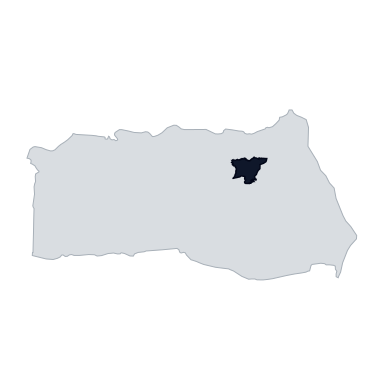 Kwahu Afram Plains South, Eastern, Ghana (highlighted), rotated 272°
{"feature_id": "2480657B87039075961323", "entity_name": "Kwahu Afram Plains South", "entity_type": "district", "adm_level": 2, "iso_a3": "GHA", "parent_name": "Ghana", "parent_adm1": "Eastern", "projection": "equal_earth", "projection_center": [-0.455, 6.878], "detail": "fine", "context": "in_parent", "style": "filled", "palette": "ink", "viewbox_px": 384, "rotation_deg": 272, "n_neighbors": 0, "source": "geoboundaries", "source_scale": "gbopen_adm2", "svg_char_len": 7227}
<svg xmlns="http://www.w3.org/2000/svg" viewBox="0 0 384 384"><g transform="rotate(272 192 192)"><path d="M228.9,28.6L231.4,31.7L231.9,33.5L231.0,40.1L229.2,44.8L228.1,49.2L228.3,51.4L229.4,53.6L233.1,57.1L235.0,59.3L237.3,62.7L239.9,66.0L244.3,70.3L246.2,71.1L246.1,72.3L245.5,74.0L245.1,90.1L244.8,94.3L244.4,96.4L244.0,102.4L243.6,103.2L242.7,103.2L242.0,103.4L241.8,104.6L242.1,105.8L244.8,106.7L244.2,107.6L242.2,108.4L241.3,110.2L241.7,112.3L240.6,114.0L240.9,115.1L241.6,115.9L242.7,115.6L245.9,112.8L247.2,112.5L248.8,113.1L251.8,117.3L251.9,119.4L250.7,126.5L249.5,132.0L249.3,139.3L250.6,143.4L250.4,145.7L249.1,147.6L246.0,150.5L246.2,152.4L247.6,156.0L250.2,160.0L255.3,165.0L258.1,171.4L258.1,174.0L256.5,176.7L254.7,179.0L254.1,182.3L255.0,203.9L250.9,213.3L250.9,216.0L251.3,219.1L252.4,221.0L254.4,221.5L256.1,223.4L255.5,230.0L254.6,236.7L254.5,240.0L254.0,241.5L252.4,242.8L251.8,244.9L252.2,247.5L251.9,249.5L252.8,252.0L254.6,255.1L257.6,262.9L258.7,263.5L259.3,265.1L258.9,266.7L260.1,270.2L263.4,273.6L266.9,276.6L269.7,277.0L270.3,279.7L272.2,283.2L273.5,284.7L275.6,285.6L277.4,286.2L277.5,289.1L274.3,291.0L272.2,294.0L270.6,298.6L268.3,303.6L260.6,306.2L257.6,306.2L241.7,306.3L226.8,316.2L218.2,319.7L212.9,325.2L205.8,329.1L200.9,333.9L190.6,336.2L173.7,343.7L168.4,346.7L163.0,351.9L154.3,358.1L150.9,358.0L144.1,352.3L139.0,349.4L126.5,345.0L117.1,343.3L112.6,341.4L111.4,341.1L112.4,339.0L115.1,338.9L117.8,339.5L119.9,338.0L122.9,337.8L123.7,336.1L124.0,332.0L123.9,328.6L125.0,327.1L125.3,323.2L123.8,314.5L122.7,313.5L117.3,312.3L116.9,310.5L115.9,308.7L114.9,304.2L113.7,297.5L111.8,289.2L108.2,275.6L107.3,270.8L106.6,265.9L106.5,260.0L107.3,257.8L107.2,254.8L106.8,251.7L109.4,244.8L114.5,236.3L115.6,233.2L116.5,231.1L116.7,228.0L117.6,218.1L120.0,206.2L121.6,201.7L122.6,199.2L123.8,195.2L124.2,193.4L128.8,188.7L131.0,187.4L131.4,185.6L130.7,183.5L131.0,182.2L132.2,181.5L133.9,180.9L135.1,179.0L133.2,164.3L131.6,149.6L131.5,148.3L130.6,146.3L129.7,140.2L128.1,136.7L125.9,135.6L125.9,132.3L128.2,126.7L128.8,123.3L127.7,122.4L127.5,119.8L128.3,115.6L127.9,113.1L127.6,110.3L125.3,103.9L124.7,99.4L125.9,96.7L125.9,90.9L124.7,81.9L124.5,76.3L125.3,73.9L124.9,71.7L123.3,69.5L123.2,67.5L124.6,65.4L124.4,63.9L122.6,62.7L121.1,60.0L119.7,55.6L120.0,48.6L122.7,35.7L123.0,34.6L126.0,34.7L126.0,35.2L135.3,35.1L145.9,35.0L158.6,34.8L170.2,34.7L170.7,34.1L172.6,33.4L184.3,34.7L191.6,34.0L194.7,34.5L196.9,35.3L202.0,34.8L204.6,35.1L206.7,38.3L207.5,38.3L208.6,36.9L210.6,35.4L212.7,34.1L214.2,31.6L215.0,29.7L216.4,30.1L218.3,30.0L219.6,28.4L220.1,25.9L228.9,28.6Z" fill="#d9dde1" stroke="#a8b0b8" stroke-width="1"/><path d="M222.4,231.2L222.3,231.3L222.2,231.4L222.1,231.5L221.9,231.7L221.7,231.6L221.6,231.9L221.3,231.7L221.2,231.7L220.9,231.9L220.7,231.7L220.6,231.9L220.5,232.2L220.2,232.3L220.0,232.5L219.9,232.4L219.8,232.5L220.0,232.7L220.1,232.8L219.9,233.1L219.7,233.2L219.7,233.4L219.6,233.5L219.5,233.8L219.4,234.0L219.2,234.3L218.9,234.3L218.7,234.6L218.4,234.6L218.3,234.8L218.1,234.8L217.9,234.9L217.6,235.1L217.4,235.2L217.3,235.3L217.0,235.4L217.0,235.5L216.7,235.6L216.4,235.6L216.2,235.5L215.9,235.5L215.4,235.5L215.4,235.3L215.2,235.2L215.1,235.3L214.9,235.3L214.6,235.4L214.4,235.3L214.3,235.2L213.9,235.1L213.7,235.2L213.4,235.1L213.2,235.2L212.9,235.2L212.7,235.3L212.4,235.2L212.2,235.2L211.9,235.0L211.7,234.9L211.4,234.7L211.0,234.6L210.8,234.5L210.4,234.6L210.2,234.5L209.9,234.5L209.2,233.9L209.0,234.0L208.8,234.0L208.3,233.9L208.1,233.8L208.0,233.7L207.9,233.3L207.8,233.1L207.6,233.0L207.5,232.8L207.1,232.7L207.1,232.9L207.2,233.1L207.3,233.4L207.4,233.5L207.5,233.8L207.5,234.3L207.8,234.8L207.8,235.3L207.9,235.7L208.1,236.6L208.2,236.8L208.2,237.0L208.5,237.9L208.6,238.3L208.6,238.6L208.9,239.4L209.0,239.6L209.3,239.8L209.4,240.0L209.8,240.6L209.9,240.8L209.9,241.1L209.8,241.5L209.8,241.8L209.6,242.3L209.5,242.8L209.5,243.6L209.3,243.9L209.2,244.2L209.1,244.3L208.5,244.4L207.9,244.2L207.1,244.2L206.3,244.5L206.2,244.8L206.3,244.9L206.3,245.1L206.4,245.3L206.5,245.3L204.9,244.9L204.4,244.5L204.2,244.5L203.8,244.2L203.3,244.4L203.0,244.4L202.9,244.6L202.6,245.0L202.4,245.6L202.5,246.4L202.5,248.6L202.8,248.5L202.9,248.9L202.8,249.1L202.8,249.7L202.9,249.9L203.0,250.0L203.2,249.8L203.4,249.8L203.4,250.0L203.1,250.1L202.9,250.2L202.8,250.3L202.8,250.5L202.9,250.8L203.0,251.0L203.0,250.9L203.4,250.7L203.5,250.7L203.6,251.0L203.8,250.8L203.9,251.1L204.3,251.0L204.6,251.1L204.3,251.6L204.2,251.6L204.2,251.9L204.0,252.0L203.9,252.0L204.1,252.1L204.5,251.8L204.8,251.6L205.0,251.3L205.2,251.2L205.3,251.0L205.7,250.9L205.8,250.9L205.9,251.0L205.9,250.9L206.0,251.0L205.9,251.1L205.8,251.4L205.4,251.9L205.3,252.0L205.2,252.1L205.1,252.3L204.9,252.7L204.7,252.8L204.8,252.9L204.8,253.0L204.7,253.2L204.7,253.3L204.8,253.2L204.8,253.3L204.9,253.2L205.0,253.0L205.2,252.9L205.3,252.6L205.7,252.3L205.8,252.3L205.7,252.5L205.8,252.8L206.0,252.7L206.2,252.3L206.3,252.5L206.6,252.3L206.8,252.3L206.9,252.5L206.8,252.8L206.7,252.8L206.3,253.1L206.3,253.3L206.2,253.4L206.4,253.5L206.4,253.9L206.5,254.0L206.4,254.4L206.4,254.5L206.8,254.4L206.8,254.7L206.5,255.0L206.3,255.2L206.4,255.4L206.6,255.4L206.5,255.5L206.8,255.6L206.8,255.4L207.1,255.2L207.3,254.9L208.0,254.2L208.3,254.3L210.1,254.0L211.7,255.7L213.7,256.3L215.8,257.3L217.6,259.0L221.8,259.0L223.2,262.5L224.8,264.7L225.1,264.9L225.7,265.1L226.9,265.4L227.7,265.4L228.0,265.5L228.0,264.3L228.1,261.6L228.0,261.3L228.0,261.0L228.1,260.5L228.2,260.4L228.1,260.2L227.9,260.1L227.9,259.9L228.0,259.8L228.1,259.5L228.1,259.4L228.0,259.1L227.9,259.0L228.0,258.6L228.1,258.3L228.3,258.2L228.3,257.8L228.2,257.6L228.0,257.4L227.7,257.3L227.3,257.4L227.5,257.0L227.5,256.6L227.7,256.1L227.9,255.7L228.0,255.6L227.9,255.4L228.1,255.0L228.2,254.6L228.2,254.3L228.3,254.0L228.3,253.5L228.6,253.0L228.9,252.8L228.4,252.3L228.1,252.2L227.7,251.9L227.7,251.6L227.7,251.4L227.3,250.8L227.1,250.6L227.0,250.4L226.8,250.4L226.6,250.3L226.5,250.1L226.4,249.7L226.0,249.5L225.8,249.2L225.6,249.2L225.4,249.0L225.4,248.9L225.3,248.7L225.3,248.4L225.2,248.2L225.3,247.9L225.2,247.8L225.3,247.7L225.3,247.4L225.4,247.2L225.4,246.9L225.3,246.7L225.6,246.5L225.8,246.3L225.8,246.1L225.9,245.9L225.9,245.7L226.0,245.6L226.1,245.4L226.1,245.2L226.1,244.7L226.3,244.5L226.4,244.4L226.5,244.2L226.8,243.7L227.1,244.2L227.3,244.4L227.5,243.9L227.6,243.5L227.5,243.3L227.6,243.0L227.4,242.9L227.1,242.7L226.8,242.5L226.7,241.9L226.9,241.8L226.9,241.7L226.9,241.3L227.1,241.1L227.1,240.8L226.8,240.7L226.7,240.5L226.7,240.4L226.4,240.3L226.2,239.9L226.5,239.6L226.5,239.3L226.4,239.2L226.0,239.1L225.9,239.0L225.8,238.7L225.7,238.4L225.8,238.3L225.8,237.9L225.7,237.3L225.7,237.2L225.7,236.9L225.7,236.6L225.8,236.5L225.9,236.3L226.0,236.2L225.9,236.1L225.9,235.8L225.8,235.6L225.6,235.4L225.5,235.2L225.2,234.6L225.1,234.3L225.2,234.0L225.2,233.9L225.1,233.7L225.3,233.3L225.3,233.1L225.3,232.7L225.3,232.4L225.2,232.3L225.3,232.2L225.4,231.6L225.5,231.6L225.4,231.4L225.1,231.4L224.9,231.3L224.8,231.5L224.7,231.5L224.7,231.3L224.7,231.2L224.6,231.3L223.9,231.2L223.6,231.3L223.3,231.4L223.3,231.0L223.3,230.8L223.1,230.7L223.1,230.8L222.5,231.2L222.4,231.2Z" fill="#0f172a" stroke="#020617" stroke-width="1.5"/></g></svg>